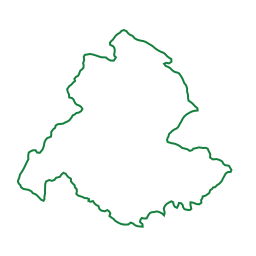 Engenheiro Navarro, Minas Gerais, Brazil (Natural Earth projection), rotated 274°
{"feature_id": "56859067B42311987852102", "entity_name": "Engenheiro Navarro", "entity_type": "district", "adm_level": 2, "iso_a3": "BRA", "parent_name": "Brazil", "parent_adm1": "Minas Gerais", "projection": "natural_earth1", "projection_center": [-44.019, -17.298], "detail": "fine", "context": "isolated", "style": "outline", "palette": "green", "viewbox_px": 256, "rotation_deg": 274, "n_neighbors": 0, "source": "geoboundaries", "source_scale": "gbopen_adm2", "svg_char_len": 3839}
<svg xmlns="http://www.w3.org/2000/svg" viewBox="0 0 256 256"><g transform="rotate(274 128 128)"><path d="M61.5,25.4L60.0,27.7L59.7,29.8L59.4,33.1L58.1,36.0L56.3,37.7L55.5,40.4L54.2,42.2L52.2,44.4L50.5,46.2L49.5,48.8L51.2,49.6L53.3,49.4L55.5,49.6L57.2,49.8L59.6,49.6L61.5,49.5L64.3,49.4L66.8,49.4L69.0,50.1L70.6,53.0L70.0,55.7L71.0,58.2L73.3,59.7L74.5,63.4L77.0,64.9L78.8,66.7L77.9,69.2L76.4,70.3L74.8,71.9L73.4,74.6L70.8,74.8L68.8,76.7L67.4,78.6L65.2,79.2L63.2,81.2L60.9,81.4L58.7,81.0L57.1,83.0L56.2,86.8L55.1,89.7L55.1,92.0L54.3,94.1L52.5,93.6L51.8,95.8L52.7,98.1L50.6,99.7L49.0,101.6L48.1,104.0L45.4,105.0L43.7,107.2L43.3,110.8L44.7,113.1L43.4,115.1L41.6,116.3L38.9,115.6L37.4,118.0L36.2,120.1L34.5,121.7L32.9,124.8L31.7,128.1L31.4,131.4L31.8,135.1L33.8,137.2L33.2,139.5L31.4,142.0L30.7,144.5L30.6,147.1L30.6,149.5L33.1,149.1L35.1,146.5L37.6,146.9L39.2,148.1L38.8,150.5L39.2,153.0L42.0,154.1L44.4,155.5L45.6,157.4L46.0,160.1L46.8,162.4L46.4,164.8L45.2,167.9L43.4,170.0L45.7,170.5L47.8,170.0L50.3,169.3L52.9,170.3L54.8,171.7L56.4,173.9L57.9,176.5L57.0,178.3L54.8,178.8L52.7,180.2L51.8,182.4L53.8,183.3L56.8,184.1L56.6,186.4L54.8,188.0L52.8,188.5L50.9,190.1L50.5,193.2L50.5,195.4L51.7,196.8L55.4,195.7L58.2,195.5L58.1,198.1L57.0,201.3L56.8,204.3L58.5,206.4L61.2,206.0L63.2,207.1L65.0,207.3L65.8,209.8L67.2,211.7L69.0,213.7L71.7,214.3L73.1,216.1L74.7,217.1L75.1,219.1L77.2,220.8L78.8,223.0L80.5,224.4L82.2,225.5L84.2,226.2L86.0,227.1L87.9,227.9L89.5,228.8L91.0,230.6L91.4,233.5L93.4,234.1L95.2,232.8L97.4,231.3L97.7,227.4L99.1,225.5L101.1,224.4L102.4,221.9L103.2,218.5L102.6,214.7L104.3,211.9L107.7,211.9L110.2,210.3L112.8,209.0L113.7,207.0L113.3,204.7L113.4,202.7L113.6,200.1L112.7,197.4L111.9,194.6L110.3,193.4L109.5,191.1L110.9,188.8L111.5,185.8L111.9,183.3L113.1,181.7L114.4,179.3L115.5,176.1L115.9,172.5L116.8,168.6L118.7,167.8L120.5,168.1L122.5,169.0L124.8,169.3L126.7,171.1L128.1,172.3L129.8,174.4L130.7,176.2L132.2,177.8L134.1,178.8L135.8,179.4L137.8,180.5L140.6,181.7L143.4,183.3L145.8,185.7L147.4,188.1L148.9,190.5L149.8,193.3L150.3,196.2L152.5,195.9L154.6,193.1L157.0,190.6L158.3,188.6L159.5,186.5L162.3,185.8L165.4,185.5L168.3,184.4L171.6,184.2L174.6,183.0L176.7,181.0L178.8,180.0L181.0,178.9L183.1,177.5L184.5,176.4L186.0,175.2L186.8,173.1L187.2,170.6L188.6,168.2L190.7,165.8L191.7,163.8L192.6,161.2L194.6,159.5L195.7,161.6L195.3,164.3L197.1,166.7L199.8,166.4L200.9,164.2L202.3,162.0L204.3,160.0L205.5,158.2L206.1,156.0L207.0,153.9L208.0,151.8L209.1,149.9L210.4,148.2L211.8,146.2L213.5,142.7L214.9,140.1L215.8,137.2L216.1,133.9L216.7,131.1L218.0,128.2L220.2,126.2L221.2,123.3L222.5,121.5L224.5,119.7L225.4,117.0L224.4,114.7L222.3,113.1L221.3,111.5L219.5,109.5L217.3,108.1L215.1,106.8L213.5,105.2L211.8,104.0L209.7,104.4L208.6,107.4L207.2,108.6L205.2,109.3L202.9,109.4L200.7,109.0L199.0,109.4L197.7,111.0L196.0,110.2L194.2,109.1L194.1,105.8L195.4,102.9L196.8,101.2L196.8,99.0L196.7,96.5L197.3,94.0L198.1,91.1L198.8,88.1L199.2,84.9L198.5,82.4L198.0,79.9L196.0,78.9L193.2,79.5L191.2,79.2L189.5,78.7L187.5,79.4L184.9,79.3L183.4,78.1L181.9,76.4L179.5,75.7L176.7,74.7L175.3,72.5L173.3,71.1L171.2,71.9L169.5,70.1L167.4,68.6L165.7,66.5L162.5,64.6L159.6,65.5L157.3,66.8L154.4,67.2L153.9,70.1L152.6,71.7L150.7,72.6L149.0,73.7L147.7,75.3L147.1,77.5L145.8,79.8L143.8,81.2L141.5,80.0L140.0,77.9L139.2,75.3L137.8,73.9L136.8,72.0L134.5,70.9L131.6,69.0L130.1,66.9L129.2,65.1L127.8,62.9L127.3,60.3L126.9,57.7L125.3,55.6L123.1,55.3L121.4,53.4L118.7,51.7L116.3,51.9L114.1,51.8L113.1,50.0L112.4,48.2L110.7,46.9L108.4,45.8L106.3,45.5L104.2,45.3L102.2,44.8L100.5,44.2L99.1,43.2L97.1,41.8L97.2,39.0L99.3,37.4L99.2,34.9L98.0,32.6L96.6,30.7L93.8,30.4L91.9,30.5L89.9,30.8L86.9,29.5L83.7,28.2L80.6,27.0L78.3,25.9L76.3,24.8L74.0,23.5L70.9,23.0L68.6,22.2L66.8,21.9L64.9,23.0L63.4,24.7L61.5,25.4Z" fill="none" stroke="#15803d" stroke-width="2"/></g></svg>